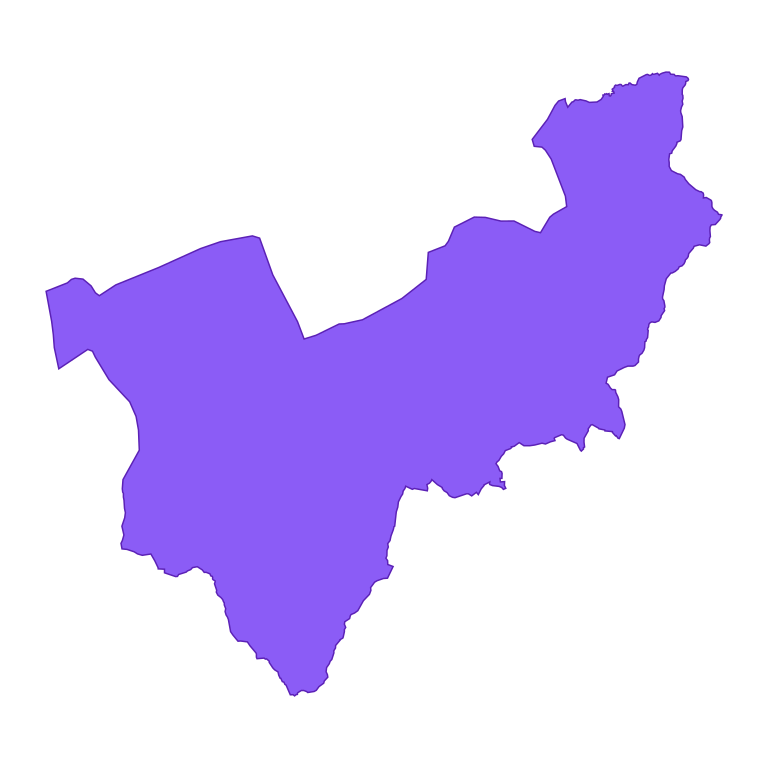 Buciumeni, Dâmbovita, Romania
{"feature_id": "2599482B58085044870447", "entity_name": "Buciumeni", "entity_type": "district", "adm_level": 2, "iso_a3": "ROU", "parent_name": "Romania", "parent_adm1": "Dâmbovita", "projection": "mercator", "projection_center": [25.46, 45.165], "detail": "fine", "context": "isolated", "style": "filled", "palette": "violet", "viewbox_px": 768, "rotation_deg": 0, "n_neighbors": 0, "source": "geoboundaries", "source_scale": "gbopen_adm2", "svg_char_len": 6037}
<svg xmlns="http://www.w3.org/2000/svg" viewBox="0 0 768 768"><path d="M297.4,694.4L297.4,693.3L297.9,692.6L301.3,690.5L303.8,690.5L306.7,691.6L307.7,692.5L314.1,691.5L316.3,690.3L319.0,686.6L323.7,683.2L324.3,681.0L327.8,677.2L327.4,674.6L326.1,671.8L326.6,667.6L329.3,663.7L330.1,661.3L331.8,659.5L333.9,652.9L333.8,650.8L335.5,648.0L335.6,645.5L340.2,640.0L340.0,639.7L342.8,638.1L343.2,637.1L344.4,631.7L344.4,629.5L345.7,627.4L344.4,624.2L344.8,621.7L349.6,618.6L350.3,615.7L351.1,614.5L354.6,613.0L357.8,610.7L363.4,600.7L369.4,594.4L370.9,590.4L370.6,587.6L374.6,582.2L377.1,580.7L383.4,578.5L387.5,578.2L393.1,566.5L387.8,564.5L387.6,560.6L385.9,558.2L386.9,555.8L387.0,550.4L388.3,547.0L387.7,543.7L390.0,540.6L391.0,535.9L393.3,529.7L394.0,526.6L394.7,526.2L396.3,511.8L397.8,507.1L398.4,501.9L401.0,496.5L402.6,494.1L403.2,491.0L404.9,488.6L405.7,486.2L412.3,489.3L414.3,488.5L427.3,490.8L427.7,488.2L426.9,484.6L429.4,483.2L431.0,481.4L431.8,479.6L437.4,484.6L442.2,487.5L442.3,488.5L444.1,490.8L447.1,492.6L449.3,495.7L452.5,497.3L455.0,497.7L466.5,493.8L468.4,493.8L471.7,495.9L476.4,492.3L478.3,494.6L481.2,488.9L484.1,485.4L484.0,484.9L489.8,481.9L489.5,483.8L489.8,484.5L492.5,485.6L499.1,486.4L501.7,487.5L503.4,489.4L505.8,488.3L504.4,485.5L504.6,481.6L500.4,481.9L500.0,478.4L501.9,478.4L502.1,473.4L501.5,471.6L500.1,471.1L499.4,470.0L498.1,466.5L496.0,463.7L497.0,462.0L498.9,460.4L501.3,456.3L503.7,453.8L505.3,450.6L510.5,448.6L511.8,447.3L511.5,446.8L514.2,446.3L519.2,442.6L523.9,445.7L529.9,445.7L534.8,445.0L542.0,443.2L545.5,444.0L550.5,441.8L555.0,440.6L554.2,438.4L554.5,437.7L561.6,434.7L563.4,435.2L565.5,438.0L567.0,439.1L577.0,443.5L580.3,450.1L581.3,451.1L583.5,449.0L583.5,447.6L584.6,447.0L584.0,442.1L584.1,438.2L588.3,430.8L588.2,428.9L590.8,425.1L592.2,424.6L598.6,428.2L598.9,428.8L604.8,430.0L604.9,430.9L612.4,431.6L612.4,432.4L615.6,436.0L616.2,435.7L618.1,438.3L619.3,438.6L624.3,428.2L625.0,424.6L621.8,411.4L620.8,409.0L618.6,406.8L618.7,399.6L617.9,396.8L615.7,392.3L615.5,390.1L614.9,389.6L612.1,389.6L610.5,388.1L608.1,384.3L606.1,383.2L607.5,377.2L614.6,374.8L617.0,371.0L624.3,367.4L627.9,366.1L633.1,366.1L635.0,365.5L638.5,362.0L638.5,359.0L639.1,356.2L639.8,354.9L642.0,353.3L643.9,350.1L644.6,347.7L644.9,341.7L646.0,341.2L646.4,339.5L647.6,337.6L648.2,330.4L647.6,329.6L647.9,327.9L648.6,326.9L648.9,324.2L650.2,322.6L651.8,321.9L655.0,322.4L658.8,320.9L661.0,317.5L661.2,315.6L664.6,310.6L664.1,308.6L664.8,307.4L664.9,306.2L663.9,300.7L662.7,299.0L662.5,297.1L664.1,289.6L664.4,285.7L666.3,278.7L670.8,273.1L672.4,272.9L675.2,271.4L678.2,268.9L679.2,266.8L682.1,265.8L684.0,263.8L685.1,261.5L685.3,260.1L687.5,257.8L688.2,256.5L688.7,253.6L693.3,248.2L694.1,246.3L699.5,244.8L705.9,246.1L708.9,243.7L709.7,242.6L709.4,239.8L709.7,237.7L710.4,236.7L709.9,230.6L710.1,227.1L711.3,224.9L715.3,224.5L719.7,219.7L720.6,218.4L720.8,216.9L721.9,215.3L721.9,214.8L718.5,214.3L717.5,212.2L714.5,210.3L712.8,208.5L711.9,206.5L711.9,202.7L711.5,200.9L710.9,200.1L706.3,197.5L703.4,197.9L703.6,194.9L703.2,193.1L701.2,191.7L699.7,191.6L695.7,189.7L688.8,183.8L685.3,179.5L684.2,177.1L680.5,174.4L677.4,173.7L671.4,170.6L669.2,166.5L669.2,162.5L668.8,159.6L669.6,153.8L671.7,153.2L672.2,150.9L675.8,146.1L676.9,143.5L676.9,142.3L680.3,140.8L681.0,139.5L681.7,130.6L682.8,127.0L682.2,116.6L680.8,112.6L680.6,110.7L681.5,107.0L682.8,104.3L682.2,101.1L683.0,98.3L682.8,95.3L682.2,94.5L682.3,89.7L682.8,87.8L685.0,85.2L685.6,83.8L685.8,81.5L688.0,80.6L688.5,79.6L688.1,78.3L686.4,76.9L677.9,75.7L675.9,75.9L675.1,75.6L674.2,74.4L670.6,74.2L669.5,72.2L665.9,72.1L662.3,73.1L660.0,74.2L659.2,75.2L657.5,73.3L654.3,74.2L652.9,74.3L652.5,73.7L650.7,75.3L649.4,75.4L647.6,74.4L646.3,74.6L639.0,78.3L637.3,82.0L636.8,84.3L635.3,85.2L631.9,84.6L630.0,83.0L629.0,83.1L628.3,84.7L625.8,84.6L623.0,86.1L622.4,86.1L621.2,84.6L619.9,84.4L617.2,85.4L615.5,85.1L614.4,86.3L614.5,87.4L612.2,89.2L612.9,90.3L612.3,91.3L613.7,91.7L614.1,93.1L611.4,93.7L610.9,95.6L610.4,96.0L609.3,95.8L609.0,93.6L607.2,94.3L606.7,93.7L605.7,94.2L604.8,93.9L604.2,94.9L602.9,95.1L603.2,96.5L601.1,99.5L597.0,102.0L589.3,102.4L586.0,100.9L580.1,99.6L578.1,100.2L575.7,99.8L574.7,100.2L573.5,101.6L571.9,102.1L567.8,107.2L565.5,101.7L565.1,98.6L558.6,101.0L555.0,105.4L547.5,119.3L532.2,139.4L534.2,146.3L541.9,147.1L545.4,150.2L551.2,159.1L565.4,196.1L566.7,206.6L553.5,214.1L549.8,217.2L540.5,232.7L534.9,231.4L514.0,221.0L501.0,221.1L485.4,217.4L474.2,217.1L454.4,227.1L448.4,241.3L445.1,245.8L428.3,252.4L426.2,279.4L401.9,298.5L362.4,319.8L344.2,323.8L339.1,324.0L316.0,335.3L304.1,339.0L297.5,321.6L272.8,274.9L259.6,238.1L252.4,235.9L220.5,241.7L200.5,248.6L158.7,267.5L115.8,284.9L99.3,295.7L95.4,292.8L91.1,285.9L83.0,279.1L75.1,278.2L71.4,279.4L67.4,282.9L46.1,291.3L51.7,321.6L53.3,334.5L54.3,347.6L58.8,368.8L87.8,349.4L92.5,351.2L95.3,357.1L109.0,379.7L129.7,401.8L136.1,416.5L138.5,430.1L139.3,450.2L123.0,479.6L122.3,488.8L122.7,492.1L123.4,493.4L123.4,497.1L124.0,500.2L124.5,508.3L125.4,512.7L124.7,517.8L121.9,526.2L123.9,535.0L122.4,540.4L121.0,543.4L122.0,548.9L127.0,549.4L134.2,551.8L137.5,553.9L142.3,555.3L150.9,554.0L154.9,561.0L158.1,567.7L158.2,568.9L164.5,569.2L164.5,572.8L175.7,576.6L177.5,576.4L178.6,574.5L186.2,572.1L187.5,570.9L190.7,569.6L192.5,567.6L197.3,566.7L202.3,569.9L204.2,572.4L206.1,572.3L209.9,573.8L210.8,575.9L212.3,576.4L212.6,577.2L212.6,579.0L213.1,579.7L215.0,580.8L215.2,581.6L214.5,583.8L216.7,590.3L216.3,592.1L217.8,595.1L220.9,597.5L222.7,599.6L223.5,601.8L224.2,602.6L224.3,605.0L225.7,608.6L225.1,611.6L226.1,615.0L227.4,617.0L228.4,619.5L230.6,631.7L232.9,635.0L238.0,641.2L240.5,641.0L247.4,641.9L250.0,645.8L255.9,652.8L256.4,653.9L256.4,657.2L257.0,658.7L264.1,658.1L265.3,659.1L266.6,658.9L268.1,660.2L269.3,661.3L269.2,662.4L272.8,667.9L274.6,669.8L278.0,671.9L278.7,675.1L280.1,678.2L280.8,678.3L282.3,681.6L284.0,682.2L284.9,684.4L286.1,685.1L290.3,694.8L293.1,694.7L294.6,695.9L296.0,694.7L297.4,694.4Z" fill="#8b5cf6" stroke="#5b21b6" stroke-width="1.5"/></svg>